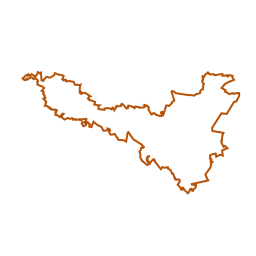 the district of Cereté, Córdoba, Colombia, rotated 4°
{"feature_id": "7082276B12261061715125", "entity_name": "Cereté", "entity_type": "district", "adm_level": 2, "iso_a3": "COL", "parent_name": "Colombia", "parent_adm1": "Córdoba", "projection": "albers", "projection_center": [-75.84, 8.882], "detail": "fine", "context": "isolated", "style": "outline", "palette": "amber", "viewbox_px": 256, "rotation_deg": 4, "n_neighbors": 0, "source": "geoboundaries", "source_scale": "gbopen_adm2", "svg_char_len": 5815}
<svg xmlns="http://www.w3.org/2000/svg" viewBox="0 0 256 256"><g transform="rotate(4 128 128)"><path d="M181.5,181.1L183.6,183.0L184.9,184.7L185.2,184.7L185.1,185.5L185.5,185.5L185.5,184.7L185.9,184.7L185.8,185.6L186.2,185.7L186.4,183.7L187.1,183.8L187.0,185.4L188.2,185.1L189.0,186.3L191.0,187.7L192.1,189.0L192.9,188.2L193.5,187.1L194.1,185.1L194.5,184.5L194.8,184.4L195.0,185.0L195.8,184.4L196.4,184.9L196.9,185.3L196.5,186.1L197.0,186.3L198.3,184.1L199.4,182.7L199.8,181.9L199.9,180.2L197.7,180.2L194.7,179.7L212.5,174.5L211.6,174.4L211.1,174.2L208.4,169.0L213.0,161.6L213.5,158.0L213.1,157.2L214.4,156.4L214.7,155.8L212.8,155.1L213.3,154.1L212.8,154.0L212.3,153.5L211.9,153.7L212.3,153.2L212.1,153.0L212.6,152.7L212.7,152.4L212.0,151.4L211.6,150.3L212.4,148.9L217.0,147.4L217.3,147.4L218.0,150.5L221.7,148.3L224.5,148.9L223.4,143.8L228.6,141.3L225.9,139.0L224.6,140.1L222.4,136.3L222.0,134.9L222.1,134.1L222.5,134.1L222.7,128.6L223.6,126.2L212.5,125.1L211.9,122.0L220.2,106.8L225.5,107.1L231.9,94.6L234.3,93.9L236.6,88.4L236.6,87.4L236.4,85.4L236.1,85.4L235.7,85.7L234.9,85.4L233.8,85.9L232.3,85.9L231.3,86.7L229.5,85.9L227.2,87.1L226.7,87.1L226.0,86.8L225.2,86.1L224.6,86.1L223.2,85.2L222.3,85.1L222.8,83.6L218.6,81.5L221.6,77.4L225.8,74.7L228.3,73.7L230.4,72.6L228.5,70.0L228.7,68.8L225.3,68.1L224.1,69.7L223.2,69.3L223.5,68.8L223.2,68.5L218.7,69.4L218.4,67.6L217.0,67.8L211.0,69.3L210.8,69.0L210.3,68.9L210.0,68.4L209.5,68.3L207.6,68.8L206.9,68.6L206.3,68.9L205.1,68.4L205.0,68.0L204.5,67.8L204.2,67.1L203.7,67.0L203.2,67.8L201.3,69.4L200.5,70.9L200.5,71.7L199.6,71.7L198.8,71.2L198.7,71.8L199.0,72.5L199.0,73.3L199.5,73.9L199.7,74.6L198.8,75.5L199.1,77.6L200.3,78.3L200.7,78.8L200.0,80.4L200.1,84.2L198.7,84.6L197.8,85.5L197.5,86.3L197.7,87.6L197.4,88.2L195.3,89.0L193.7,89.4L191.8,91.1L189.3,90.8L185.4,90.9L173.2,89.9L171.4,88.6L170.0,88.0L169.7,88.1L168.9,88.7L172.3,97.4L169.9,99.3L170.2,99.9L167.9,102.7L167.2,103.2L166.4,102.8L164.6,102.8L162.5,111.7L161.3,109.6L160.7,109.5L160.1,109.8L159.8,110.3L159.9,111.0L161.2,113.0L160.9,113.5L159.8,113.9L158.1,113.7L156.5,113.1L155.3,113.0L154.7,112.4L154.0,112.2L153.5,111.5L152.9,111.3L152.0,111.5L151.0,112.8L150.4,112.8L147.1,108.3L147.1,107.8L147.4,106.2L147.1,105.7L145.2,104.4L141.9,103.6L143.1,104.7L144.8,105.2L143.2,105.4L142.4,106.3L142.0,106.5L140.1,106.6L138.1,107.1L137.5,106.4L134.1,106.1L133.8,106.8L133.5,106.7L133.0,107.7L131.6,106.6L131.5,106.8L128.9,105.9L126.8,105.6L126.6,106.9L125.8,107.8L126.3,108.1L125.2,108.7L121.8,105.2L120.8,104.5L120.0,104.4L119.5,105.0L119.7,106.3L119.2,106.7L116.8,107.0L115.1,106.7L114.7,108.5L114.1,108.4L113.9,109.4L113.1,111.3L111.3,108.8L110.6,109.5L110.3,110.5L108.8,109.8L106.9,109.6L105.1,109.7L103.3,110.3L103.3,111.5L97.3,111.2L97.0,108.3L97.9,107.4L96.7,107.5L92.8,107.0L93.4,104.2L87.0,102.6L87.2,101.8L86.0,101.3L87.2,99.0L88.0,98.8L82.7,95.9L80.3,96.3L79.5,97.1L79.0,97.3L78.4,95.6L78.7,95.4L78.5,95.2L77.9,96.1L77.4,96.2L77.1,90.8L77.6,88.2L76.7,88.7L74.5,88.4L72.1,88.6L70.7,85.8L66.8,85.3L66.3,85.0L64.4,85.7L62.8,85.6L62.9,84.5L60.9,84.1L60.4,84.9L59.0,84.0L60.2,80.5L59.8,80.3L57.4,79.7L55.2,79.7L51.3,78.4L50.7,80.5L46.9,83.1L45.2,83.2L44.0,82.6L42.6,83.2L40.8,85.5L40.3,86.9L39.2,86.3L38.4,86.5L37.3,78.8L35.9,79.7L34.7,78.7L34.2,78.5L33.7,80.5L32.0,83.5L31.3,83.1L31.3,82.5L30.5,82.3L28.1,81.1L26.7,82.8L25.0,81.4L24.4,82.9L23.4,82.0L21.8,83.3L21.1,84.4L19.4,85.9L20.0,86.7L22.0,87.5L22.5,86.8L23.2,86.9L23.2,86.6L23.5,86.6L23.2,86.2L23.8,85.8L24.9,86.1L26.8,84.9L27.5,84.2L28.8,84.4L30.3,85.8L31.1,85.1L34.2,86.0L35.0,87.5L34.1,88.4L35.0,90.8L34.8,91.1L35.3,91.3L35.4,91.2L36.8,91.9L39.4,92.4L41.5,93.9L39.3,96.9L41.1,97.5L40.9,98.5L41.2,98.5L41.5,99.8L41.3,99.8L41.3,100.4L42.5,101.1L42.5,103.4L43.0,103.0L43.5,103.6L41.6,104.8L44.1,106.7L43.9,108.2L44.5,108.2L44.1,110.3L43.5,111.6L45.1,111.7L47.2,112.4L47.2,113.0L48.8,113.1L48.8,114.2L50.3,114.3L50.4,114.9L53.7,115.0L53.8,114.7L54.2,114.7L54.2,115.1L54.9,115.1L54.8,115.6L55.7,115.6L55.2,117.6L54.6,117.7L54.6,119.8L55.2,120.1L55.6,119.9L57.2,120.5L58.3,121.0L59.1,121.8L61.8,118.2L62.8,118.4L60.5,121.5L64.1,124.0L67.2,122.2L69.6,122.9L71.6,122.1L72.4,123.5L74.1,122.8L74.4,123.4L75.7,123.1L76.0,123.5L77.4,123.0L77.5,123.1L79.4,122.6L79.6,123.3L80.8,122.8L81.0,123.3L83.6,121.9L86.6,121.9L86.1,122.1L85.4,123.2L84.5,125.6L82.0,125.4L81.5,126.6L83.3,129.3L85.0,128.7L85.9,127.7L85.2,125.7L86.0,125.9L86.4,124.7L88.0,125.4L87.8,125.8L88.3,126.7L89.3,126.7L90.0,127.3L89.2,129.3L91.5,129.7L93.2,124.2L97.1,127.0L101.4,128.8L103.8,132.5L107.6,131.7L107.6,130.7L108.1,131.3L108.7,130.6L108.8,130.9L109.7,130.5L110.4,131.8L109.2,132.6L109.7,134.0L111.0,135.8L113.1,135.6L115.1,134.8L118.2,139.0L118.4,138.9L118.5,139.0L119.1,140.5L124.6,140.5L127.1,141.7L127.9,132.9L128.6,132.1L134.1,138.9L143.2,143.8L143.4,144.5L145.2,145.7L145.1,146.1L144.6,146.7L143.1,146.7L142.5,146.9L142.3,149.1L141.4,150.2L141.1,150.9L141.3,151.6L141.9,152.4L142.2,153.4L142.2,155.4L142.4,156.8L143.9,158.8L144.1,159.9L145.3,160.3L149.0,163.3L149.9,163.5L150.7,163.2L151.0,162.8L151.1,161.7L149.1,159.0L149.1,157.6L148.9,157.6L148.9,157.3L149.1,156.3L149.3,156.3L149.2,156.0L149.8,155.1L149.8,154.9L150.8,154.6L150.9,154.8L150.2,155.2L149.6,156.4L149.5,157.2L149.2,157.4L149.4,157.3L149.6,157.6L149.5,157.9L149.8,158.3L149.8,159.1L149.6,159.1L149.6,159.3L150.0,159.4L150.1,159.9L150.4,159.6L150.7,159.8L150.3,160.3L150.8,161.0L150.9,160.9L151.1,161.4L152.2,162.1L152.5,161.3L154.0,159.0L155.6,157.3L156.5,157.7L156.5,158.5L156.8,158.6L156.6,159.0L163.7,166.8L165.0,164.6L166.8,165.1L170.5,164.3L170.5,165.5L171.5,165.9L172.4,166.7L173.3,167.0L175.3,170.7L176.2,170.4L178.0,174.5L178.3,174.4L178.7,175.5L178.7,176.0L179.3,175.9L179.9,176.2L181.0,175.8L183.1,176.1L183.0,177.6L183.4,177.9L181.5,181.1Z" fill="none" stroke="#b45309" stroke-width="2"/></g></svg>